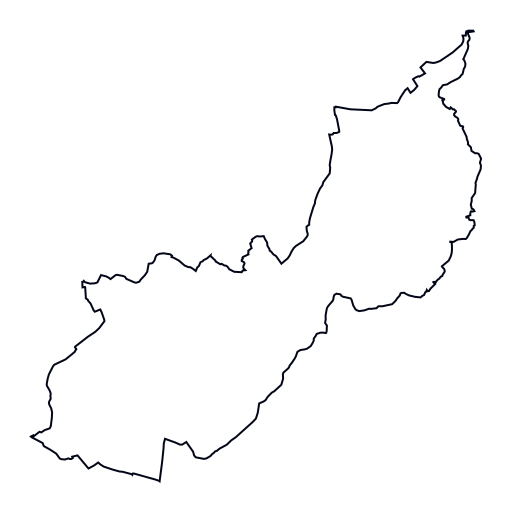 outline of Seica Mica, Sibiu, Romania
{"feature_id": "2599482B41747805534423", "entity_name": "Seica Mica", "entity_type": "district", "adm_level": 2, "iso_a3": "ROU", "parent_name": "Romania", "parent_adm1": "Sibiu", "projection": "albers", "projection_center": [24.086, 46.046], "detail": "fine", "context": "isolated", "style": "outline", "palette": "ink", "viewbox_px": 512, "rotation_deg": 0, "n_neighbors": 0, "source": "geoboundaries", "source_scale": "gbopen_adm2", "svg_char_len": 5994}
<svg xmlns="http://www.w3.org/2000/svg" viewBox="0 0 512 512"><path d="M259.2,403.4L263.6,401.5L265.6,400.1L267.7,396.8L271.7,392.7L274.2,391.3L281.3,384.8L283.1,378.7L282.9,374.3L283.4,372.6L288.2,368.4L289.1,367.2L289.6,365.6L291.8,362.9L294.8,358.4L295.9,356.2L297.4,351.9L300.2,350.1L305.5,349.2L307.3,348.5L310.8,346.0L312.7,342.8L313.7,340.7L313.8,338.5L315.7,335.9L316.7,333.9L320.4,332.7L323.4,332.6L325.4,333.1L326.2,332.8L326.7,330.8L326.9,325.5L325.1,323.0L325.7,319.3L325.6,315.4L326.7,309.1L327.3,307.4L328.4,305.8L332.8,300.7L333.3,299.4L333.8,296.3L334.4,294.9L336.4,293.7L339.7,294.2L340.5,294.4L341.4,295.8L342.8,296.7L350.7,298.4L351.6,299.9L353.3,305.6L355.6,309.5L357.1,310.4L359.3,311.1L364.2,310.4L369.2,308.7L371.0,308.9L376.5,308.2L378.3,306.4L378.9,306.2L382.2,306.3L392.1,304.2L395.5,300.9L397.3,298.2L399.7,295.6L400.6,293.3L401.4,292.9L404.2,292.8L406.0,294.0L409.3,295.5L415.4,296.9L420.6,297.4L422.1,296.0L424.1,295.0L425.2,292.3L426.6,291.5L426.5,290.7L426.8,289.9L427.6,291.2L429.0,291.0L430.5,288.6L435.1,284.1L433.4,282.4L433.4,282.0L434.6,281.9L435.4,282.9L436.2,281.4L437.6,279.8L439.5,278.4L440.7,276.7L442.3,276.0L442.5,275.0L444.7,271.6L444.5,269.7L444.0,268.8L442.3,267.1L441.9,266.3L448.7,260.6L450.7,256.5L451.7,252.9L452.0,249.4L451.8,243.1L451.4,242.4L449.4,241.6L453.6,241.9L457.8,239.5L462.9,238.9L465.8,239.0L467.0,237.7L468.9,234.5L470.5,231.0L471.6,230.2L472.6,228.7L473.5,228.1L473.7,227.5L473.7,226.0L474.7,225.3L474.4,222.1L473.6,220.2L470.3,220.1L469.2,219.6L468.5,217.5L466.4,217.5L466.3,216.7L470.3,215.3L470.3,213.2L470.6,212.1L471.1,211.3L472.4,211.6L474.4,211.2L473.9,210.0L473.1,209.1L471.8,208.7L470.8,204.7L471.7,201.0L471.7,198.0L475.1,193.1L475.8,184.6L475.5,182.9L477.2,178.2L477.3,177.1L480.6,169.4L480.9,166.8L480.8,164.8L479.9,162.9L481.1,158.7L478.7,153.9L477.3,153.3L475.0,153.2L471.5,150.9L470.9,147.3L467.9,144.3L468.1,142.4L466.8,138.8L466.6,136.9L462.6,128.5L463.2,127.0L463.0,126.5L462.6,126.2L461.0,126.1L460.1,125.5L458.0,120.7L458.3,119.4L458.1,118.8L457.1,117.6L455.2,116.5L454.1,115.2L454.2,113.7L455.8,112.0L456.0,111.2L453.9,109.2L452.9,109.4L450.7,107.4L449.8,109.0L446.2,107.0L443.5,104.0L443.2,103.3L443.0,101.9L442.3,100.3L444.2,99.6L444.2,99.0L439.5,97.2L438.8,96.1L438.6,95.0L439.0,91.3L439.5,89.2L441.0,87.8L442.9,85.2L447.1,84.4L450.7,82.1L458.2,78.4L460.0,77.0L461.0,75.4L462.3,74.3L462.7,73.5L463.8,68.9L465.0,66.8L465.5,63.9L464.3,60.3L463.3,59.3L467.7,49.3L468.1,47.4L468.3,45.7L467.7,43.4L467.7,42.2L468.1,41.3L469.3,39.9L469.6,38.7L469.6,37.6L467.7,33.2L468.0,32.6L468.9,32.1L473.6,31.4L473.2,30.7L468.2,30.7L466.3,31.4L465.9,33.0L465.8,35.6L462.6,35.6L463.5,38.6L463.2,41.5L461.6,44.6L452.6,52.5L440.0,61.0L436.3,62.4L433.4,63.0L426.4,61.9L420.5,67.4L425.0,73.4L419.4,76.6L418.8,76.2L418.0,76.4L415.4,77.6L413.0,79.2L417.4,86.1L414.1,90.0L410.5,92.8L407.6,88.2L405.1,90.3L400.6,97.2L398.2,102.0L397.1,103.1L391.1,102.9L389.7,103.4L384.2,104.1L378.3,106.4L376.9,107.2L375.7,108.4L371.7,110.3L350.4,109.3L335.9,106.7L335.8,107.3L334.4,107.2L334.3,110.1L335.0,114.9L335.4,114.9L335.9,115.8L337.0,119.2L339.3,131.2L339.2,131.9L338.9,132.1L336.4,133.0L333.6,133.0L332.7,134.4L331.0,134.7L329.2,134.5L331.9,146.6L332.1,149.0L332.1,150.5L331.4,155.2L330.2,161.5L329.7,165.2L330.2,167.7L329.7,173.4L323.3,182.1L322.4,185.3L320.0,188.6L317.6,193.7L315.5,199.5L315.0,201.5L315.0,203.2L313.4,206.9L309.9,218.4L309.2,222.3L309.2,224.8L307.6,225.7L306.5,226.9L306.8,230.9L307.7,233.7L307.6,235.4L307.3,236.1L303.3,241.2L296.0,245.9L293.7,248.1L291.4,251.8L289.8,255.3L287.7,258.4L281.4,263.7L276.1,256.1L273.4,254.4L271.2,251.7L269.7,250.6L269.5,249.2L267.4,245.7L267.1,242.5L265.0,239.1L263.7,236.1L260.1,236.5L257.1,236.2L255.8,236.7L251.9,239.5L252.2,240.1L252.1,241.5L250.2,243.5L251.6,248.2L248.3,250.7L248.5,252.3L248.1,253.2L248.5,254.4L242.9,257.0L242.4,257.9L242.8,258.6L241.8,259.8L241.7,261.0L243.8,262.1L244.4,263.0L244.5,263.6L243.3,266.2L243.2,267.2L243.7,268.5L245.3,270.2L242.5,270.6L242.1,271.8L241.6,272.2L234.3,271.8L229.3,269.3L227.6,266.8L226.3,265.8L224.2,265.4L221.6,263.8L220.4,264.3L215.7,261.5L215.7,261.1L215.0,260.2L210.4,255.9L210.5,255.4L206.9,258.5L203.6,260.1L202.8,261.2L200.5,262.2L198.9,266.0L197.2,267.5L195.8,271.0L192.8,268.7L190.1,267.1L188.3,267.1L184.6,265.5L178.9,260.6L173.6,257.7L171.5,257.0L172.0,255.7L170.2,254.3L163.5,253.3L159.5,253.8L156.7,255.1L155.7,256.7L154.5,260.4L153.0,262.5L151.9,263.3L148.7,263.7L147.2,271.8L144.9,275.2L140.8,279.5L139.3,281.7L136.7,282.6L135.6,282.7L134.2,282.3L127.1,279.2L126.2,278.7L125.1,276.9L123.1,276.0L116.9,274.8L115.3,275.3L110.5,279.1L108.4,277.5L105.9,276.3L101.0,275.1L97.4,282.4L94.9,283.3L90.1,283.6L85.3,282.3L84.5,281.8L83.8,280.9L83.1,281.8L82.3,281.9L82.5,287.4L85.0,287.0L85.2,287.4L85.9,298.4L87.8,299.7L88.1,300.7L90.6,303.6L93.7,310.4L94.8,311.7L100.3,309.5L101.6,312.2L104.3,319.9L104.4,321.2L99.3,328.0L95.3,331.8L87.8,336.8L75.2,346.6L75.0,347.4L76.3,349.0L76.3,349.4L75.4,350.4L74.9,351.7L72.8,353.5L65.7,359.3L55.8,364.0L54.1,364.9L53.0,366.3L48.9,374.4L47.6,379.0L46.7,384.2L46.9,385.8L49.4,390.0L50.4,392.4L50.7,393.9L50.4,396.2L50.7,398.8L49.2,401.5L48.9,402.8L49.3,404.6L51.2,408.4L52.1,412.4L51.8,418.3L50.7,426.5L49.6,428.4L44.7,430.1L41.3,432.4L39.5,431.8L33.7,436.3L33.3,435.3L30.9,436.5L31.7,437.3L42.4,442.9L42.7,443.1L43.8,446.1L50.4,449.8L56.2,453.6L59.8,458.5L61.5,459.2L64.9,459.5L68.5,458.4L69.7,459.0L71.3,459.0L72.8,458.0L72.2,456.7L77.5,455.4L88.5,468.5L94.2,465.4L98.2,462.5L100.3,464.4L103.7,466.6L113.0,469.7L119.6,471.5L122.8,471.8L131.7,474.2L132.3,474.8L132.7,473.6L133.8,473.5L155.2,479.5L159.0,480.8L159.6,481.3L162.1,462.2L163.5,448.8L163.8,443.5L165.0,438.8L175.5,442.6L179.9,444.6L182.2,444.6L186.3,442.0L193.1,451.7L194.1,455.4L195.7,457.3L204.0,458.9L206.4,458.4L210.5,456.0L212.2,454.0L214.1,452.7L214.9,451.5L216.9,450.8L219.6,448.6L226.8,444.7L231.2,440.4L235.8,437.2L252.9,421.8L255.9,418.6L257.7,413.0L259.2,403.4Z" fill="none" stroke="#020617" stroke-width="2"/></svg>